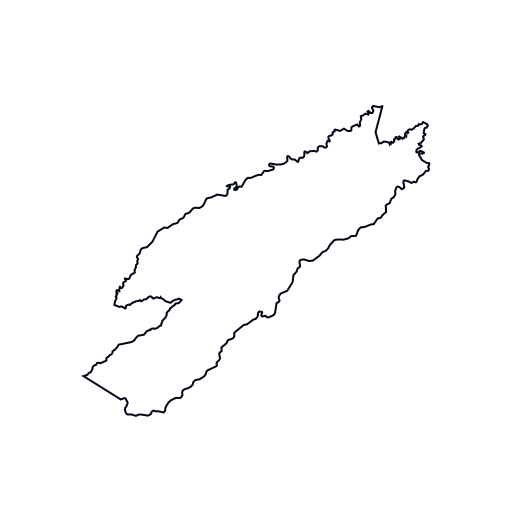 Cocalinho, Mato Grosso, Brazil (Mercator projection), rotated 32°
{"feature_id": "56859067B28773387039389", "entity_name": "Cocalinho", "entity_type": "district", "adm_level": 2, "iso_a3": "BRA", "parent_name": "Brazil", "parent_adm1": "Mato Grosso", "projection": "mercator", "projection_center": [-51.126, -13.845], "detail": "fine", "context": "isolated", "style": "outline", "palette": "ink", "viewbox_px": 512, "rotation_deg": 32, "n_neighbors": 0, "source": "geoboundaries", "source_scale": "gbopen_adm2", "svg_char_len": 6054}
<svg xmlns="http://www.w3.org/2000/svg" viewBox="0 0 512 512"><g transform="rotate(32 256 256)"><path d="M326.7,53.9L326.7,56.0L325.3,57.7L324.3,57.7L324.3,59.7L322.6,61.3L322.3,63.9L321.1,66.4L319.5,66.9L318.5,68.2L318.2,70.5L319.7,70.7L319.5,71.4L317.8,71.3L317.6,73.0L318.1,74.2L319.6,74.1L319.9,74.7L319.3,74.5L318.9,74.9L319.2,77.3L318.1,77.7L318.2,78.9L314.2,78.7L314.0,79.2L316.0,80.1L315.2,81.7L313.1,81.6L312.0,80.7L311.4,81.3L311.9,82.5L311.2,84.0L312.5,85.4L312.0,87.5L310.1,87.5L309.9,88.2L311.0,89.4L310.5,90.6L309.8,89.6L306.8,89.7L303.7,91.3L302.4,94.2L300.8,94.8L300.5,95.4L291.8,87.7L283.6,61.3L283.4,62.8L282.0,64.3L275.8,66.7L275.7,68.7L278.7,70.9L278.8,73.2L277.1,74.1L275.4,73.4L274.3,73.6L274.1,74.4L275.8,75.1L276.2,76.6L273.4,77.3L272.2,80.2L270.8,81.8L271.0,82.4L272.7,83.8L273.4,88.1L275.0,89.7L275.1,91.2L274.5,91.6L272.1,90.9L269.2,94.9L268.8,96.6L270.3,98.9L269.7,100.1L267.5,101.4L263.1,101.4L261.0,105.4L256.3,106.7L255.7,107.5L256.6,108.6L255.5,110.7L256.6,112.5L255.7,114.2L254.5,115.3L254.2,116.5L255.3,118.0L257.5,119.1L257.6,119.9L256.0,120.0L255.6,120.6L256.3,123.6L258.1,125.4L257.9,126.9L257.0,127.6L254.2,127.7L251.8,129.1L251.2,130.0L251.0,131.5L252.5,133.7L252.1,135.3L249.4,136.2L245.9,138.9L245.1,141.5L243.0,141.1L242.0,141.5L241.9,142.3L243.4,144.5L244.0,146.4L243.3,148.3L241.8,148.8L240.9,150.1L241.8,153.8L240.7,154.2L238.0,153.6L235.0,155.1L233.6,155.0L231.1,154.1L229.9,154.5L230.0,156.0L231.8,157.8L232.1,159.0L231.7,160.8L230.5,163.2L228.6,165.2L225.3,167.4L219.0,170.1L218.6,170.8L218.9,172.1L220.2,172.5L223.4,171.1L224.6,171.9L224.6,173.7L220.7,178.0L218.2,179.1L217.8,180.1L217.6,184.4L214.9,186.0L209.9,192.8L207.7,194.0L206.8,197.1L207.1,204.8L204.9,206.0L204.5,207.4L204.7,209.4L203.8,210.8L202.6,211.4L202.1,211.1L201.9,209.8L202.7,208.7L202.7,207.2L200.5,204.5L199.8,204.2L199.3,204.6L198.9,207.3L196.8,208.8L194.3,211.5L194.3,212.2L195.0,212.1L196.8,210.6L197.6,211.3L197.7,212.6L196.9,215.0L198.7,218.1L198.9,219.6L198.5,221.1L190.6,224.5L187.3,229.6L183.9,233.1L183.7,234.7L184.4,240.1L183.9,243.0L182.5,245.3L178.7,247.4L177.3,249.1L176.7,253.8L175.9,255.5L173.9,257.7L174.2,261.3L174.0,262.4L171.8,265.8L171.9,269.6L168.6,273.2L166.1,279.1L163.1,280.5L159.6,287.5L160.6,298.7L158.9,306.2L155.6,309.5L155.0,310.9L155.1,312.5L156.0,315.1L155.1,319.1L155.4,319.9L157.6,321.2L158.1,323.5L159.6,325.1L159.1,327.3L160.2,329.4L160.5,332.3L162.0,334.3L159.9,338.3L160.5,342.5L159.6,343.5L156.9,344.4L156.9,344.9L158.4,345.4L158.9,346.0L157.6,348.6L157.8,349.9L159.2,350.9L159.4,353.6L159.2,354.3L158.3,354.6L157.0,354.2L157.0,355.3L158.7,358.2L156.3,358.6L156.0,359.3L156.7,360.6L158.0,360.8L158.4,361.3L157.8,362.2L158.8,363.5L158.6,364.7L160.0,365.4L160.6,369.7L161.9,372.5L167.1,371.6L168.3,370.2L171.1,369.7L172.7,370.0L173.2,369.5L172.2,367.3L172.7,366.0L173.7,364.7L175.1,364.4L175.1,363.5L176.5,360.3L177.5,359.5L177.7,358.4L180.4,356.2L180.9,355.0L182.7,355.3L184.1,352.1L185.9,350.8L186.4,348.2L187.7,346.2L188.8,345.9L190.9,346.6L191.7,346.4L192.6,344.7L194.3,343.3L196.4,342.9L197.1,342.2L197.0,341.5L198.2,342.0L200.3,341.7L202.9,342.3L207.8,341.2L208.6,340.5L208.8,339.1L210.8,335.7L211.6,335.2L213.2,333.0L216.2,332.8L215.5,336.8L212.9,339.1L213.0,341.1L212.4,341.6L210.9,346.2L211.3,347.4L210.3,351.3L211.5,353.4L211.8,356.4L210.9,360.6L211.5,362.0L211.4,363.1L212.4,365.2L211.5,366.1L210.2,369.7L208.5,371.6L207.5,371.7L205.9,373.1L205.4,374.0L205.7,374.6L204.0,376.3L203.2,377.8L202.7,382.1L198.2,386.2L197.4,390.4L197.6,391.6L196.2,394.8L186.6,403.9L186.6,406.9L185.8,410.9L184.8,412.7L185.6,414.1L185.5,416.1L184.6,417.4L184.2,419.8L183.6,420.5L183.3,421.9L184.5,424.1L181.0,429.3L179.9,429.9L179.0,429.8L177.9,431.1L178.1,432.9L176.9,434.4L176.3,436.4L177.0,438.0L177.5,441.4L177.0,442.9L176.1,443.8L176.2,445.0L175.6,446.6L173.3,449.3L217.4,449.3L219.7,446.2L220.8,445.9L224.9,448.4L225.7,451.4L225.6,454.1L226.4,456.1L229.5,458.4L230.9,458.5L234.3,456.4L238.9,455.2L240.6,452.6L242.2,451.5L249.0,448.6L250.5,446.0L250.1,443.2L251.0,441.4L253.0,440.9L256.1,439.2L260.7,437.5L260.9,435.4L259.6,432.7L259.4,430.9L259.4,427.3L260.1,423.8L263.2,418.8L266.4,416.9L267.4,415.9L267.4,413.2L265.5,410.5L265.2,408.9L266.1,406.7L267.9,404.8L269.9,401.6L270.5,398.4L269.6,396.4L270.4,393.2L273.5,390.4L275.9,385.3L276.0,383.1L275.2,380.1L275.4,378.9L280.9,370.3L280.8,369.5L279.6,368.3L279.2,367.1L280.0,362.9L279.8,362.0L276.6,358.4L276.4,357.5L277.2,354.7L275.1,351.8L277.2,345.8L276.8,342.3L279.8,338.4L280.3,337.0L280.0,335.2L278.4,333.1L278.4,331.9L282.2,320.9L284.6,318.6L287.4,311.4L289.0,309.7L289.5,306.7L287.9,303.0L288.2,301.3L290.6,300.3L291.1,300.6L292.0,303.7L293.3,304.0L295.9,301.6L297.7,302.2L299.1,301.5L301.8,297.6L302.4,296.1L302.3,294.1L298.4,285.1L299.6,283.1L299.7,281.4L297.8,279.9L296.7,278.2L296.7,275.0L300.9,269.0L300.9,258.8L297.9,252.4L298.7,247.8L297.9,244.4L298.8,242.6L298.8,241.3L295.8,237.7L295.5,236.4L297.5,234.1L299.7,233.1L303.4,232.3L306.6,229.9L309.7,222.1L310.3,217.5L312.2,214.9L312.8,213.3L313.1,211.0L312.8,207.5L313.9,201.5L314.4,200.5L317.9,197.8L321.5,195.8L325.0,192.1L326.2,188.6L329.9,186.2L330.0,184.7L328.9,179.8L329.7,176.1L332.7,173.9L336.6,168.5L338.9,166.6L339.3,159.9L339.6,159.2L340.5,158.8L341.6,156.9L341.6,154.5L343.0,149.7L339.4,144.6L339.6,143.2L341.4,140.3L340.4,135.9L341.6,133.2L341.7,131.2L341.3,129.3L339.7,127.6L338.7,123.1L339.3,122.1L340.7,121.5L344.2,122.1L345.5,119.9L345.1,118.7L341.8,115.3L341.4,114.2L341.9,113.1L346.9,111.7L348.8,111.8L349.7,110.9L350.2,109.5L352.3,109.0L352.8,108.3L352.2,104.7L352.4,101.9L354.5,98.3L355.0,93.9L357.0,92.3L356.8,90.8L354.7,89.1L354.6,86.8L353.6,85.5L351.7,86.6L346.0,86.7L340.7,83.9L340.2,83.2L340.3,82.4L343.0,81.0L343.8,79.6L343.3,79.2L339.7,79.6L338.3,82.3L337.5,82.9L336.8,82.8L336.0,81.3L336.2,79.3L337.5,77.5L338.4,75.1L337.8,74.7L335.4,75.3L334.4,74.6L335.9,72.8L336.6,68.3L335.8,67.3L334.6,66.6L334.3,65.9L335.4,63.5L334.9,62.8L333.1,63.0L331.4,59.0L331.4,58.0L332.8,56.5L332.6,54.2L331.1,53.5L326.7,53.9Z" fill="none" stroke="#020617" stroke-width="2"/></g></svg>